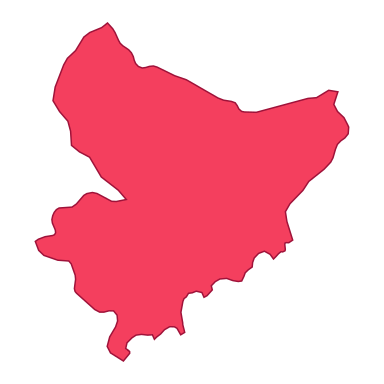 outline of Alpes-Maritimes
{"feature_id": "FRA-5266", "entity_name": "Alpes-Maritimes", "entity_type": "Metropolitan department", "adm_level": 1, "iso_a3": "FRA", "parent_name": "France", "parent_adm1": "", "projection": "equal_earth", "projection_center": [7.102, 43.917], "detail": "fine", "context": "isolated", "style": "filled", "palette": "rose", "viewbox_px": 384, "rotation_deg": 0, "n_neighbors": 0, "source": "natural_earth", "source_scale": "10m", "svg_char_len": 2145}
<svg xmlns="http://www.w3.org/2000/svg" viewBox="0 0 384 384"><path d="M347.6,124.7L348.7,127.1L348.2,133.8L344.9,137.9L340.6,141.0L337.4,144.4L335.5,149.1L333.0,157.8L330.7,162.2L324.1,169.2L308.8,181.4L302.9,190.4L290.0,203.7L285.4,211.7L286.9,221.5L292.7,240.1L288.8,242.7L287.5,242.7L286.3,242.6L285.0,243.1L284.8,244.5L285.3,249.4L285.0,250.8L282.7,251.9L281.0,251.7L278.5,253.7L276.0,256.5L273.5,259.0L270.1,254.3L264.4,251.2L258.6,253.4L254.2,258.0L252.6,262.6L252.2,267.0L248.4,269.7L245.2,272.8L243.9,276.4L241.7,281.0L238.3,281.5L232.9,280.6L226.7,278.4L219.9,279.0L215.3,281.6L211.3,285.8L212.3,289.9L207.0,295.7L204.0,297.3L201.9,292.5L196.2,291.2L192.3,292.8L188.5,293.3L186.3,296.9L184.0,298.6L182.9,301.4L180.9,312.3L182.7,322.8L182.8,324.8L183.9,329.1L184.7,332.4L180.7,334.8L177.0,328.3L174.4,326.8L169.7,326.7L164.5,329.7L160.6,334.0L156.7,337.0L154.4,339.3L152.4,334.8L147.6,335.1L141.5,334.4L136.1,335.1L132.0,337.8L127.0,342.8L125.7,348.5L128.3,350.3L128.1,350.5L129.6,351.5L129.7,353.3L123.4,361.0L110.5,352.9L107.2,346.4L109.7,336.9L115.6,326.9L117.6,321.0L117.1,315.2L113.6,310.9L109.0,310.8L104.0,312.1L99.6,312.1L94.7,309.5L76.5,293.2L75.1,291.5L74.4,288.6L75.6,279.3L75.2,275.2L71.2,263.8L68.8,261.0L57.8,260.2L43.9,255.4L38.7,250.4L35.3,241.4L38.4,239.2L45.1,236.7L52.7,235.5L54.5,234.7L55.6,232.8L55.3,230.0L52.4,223.1L51.9,219.6L52.7,215.8L54.2,212.4L56.4,209.6L59.1,208.0L72.0,207.1L76.4,204.0L83.8,195.4L86.8,193.6L92.4,192.5L97.0,193.5L111.6,201.3L116.3,201.5L126.3,199.5L118.3,190.2L101.3,177.0L89.6,157.2L79.5,151.9L71.5,145.4L70.6,131.2L67.9,121.2L59.6,111.6L53.0,100.7L55.2,87.0L63.7,64.9L67.4,58.3L75.6,50.6L83.9,37.0L89.8,32.5L101.7,27.6L107.5,23.0L112.7,28.7L115.0,32.5L118.5,40.3L120.1,43.2L122.8,45.8L128.7,49.8L131.4,52.8L133.3,56.6L134.2,60.2L135.6,63.5L138.4,66.5L142.3,68.0L145.8,67.5L149.4,66.4L153.4,66.0L157.1,67.1L174.6,75.7L186.4,79.8L218.0,98.0L223.6,100.2L231.3,101.4L235.2,102.8L237.2,105.6L238.8,108.9L241.6,111.4L244.5,112.0L256.4,112.3L308.0,98.4L316.5,97.7L328.7,90.3L337.9,91.8L333.8,104.4L337.5,111.5L344.0,117.7L347.6,124.7Z" fill="#f43f5e" stroke="#9f1239" stroke-width="1.5"/></svg>